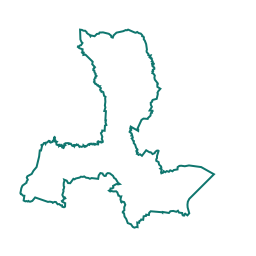 Hat Yai, Songkhla, Thailand, rotated 101°
{"feature_id": "78962969B23143470212652", "entity_name": "Hat Yai", "entity_type": "district", "adm_level": 2, "iso_a3": "THA", "parent_name": "Thailand", "parent_adm1": "Songkhla", "projection": "mercator", "projection_center": [100.414, 6.987], "detail": "fine", "context": "isolated", "style": "outline", "palette": "teal", "viewbox_px": 256, "rotation_deg": 101, "n_neighbors": 0, "source": "geoboundaries", "source_scale": "gbopen_adm2", "svg_char_len": 5951}
<svg xmlns="http://www.w3.org/2000/svg" viewBox="0 0 256 256"><g transform="rotate(101 128 128)"><path d="M83.3,103.7L82.0,107.0L79.4,107.6L79.0,107.1L78.5,107.3L75.4,110.9L73.6,111.7L71.4,111.7L69.8,113.4L69.5,114.6L68.1,114.3L67.7,114.8L67.2,114.2L66.1,114.7L64.9,113.4L63.6,113.8L62.7,115.7L60.8,116.5L60.9,115.8L60.2,115.6L60.5,115.0L60.0,114.9L58.9,116.3L58.2,116.4L58.1,117.1L57.7,116.8L56.0,117.8L54.8,119.7L54.6,119.0L54.1,119.9L52.5,119.6L53.0,120.7L52.6,122.0L51.6,122.0L49.9,124.1L48.8,124.5L47.4,124.4L42.2,126.2L39.0,128.2L38.0,129.4L36.0,129.7L35.3,130.3L35.2,131.6L34.1,131.8L32.9,133.5L32.8,135.6L32.0,137.3L33.0,138.5L33.0,139.5L31.4,146.7L32.3,147.7L32.3,148.9L33.9,151.2L36.6,157.5L39.8,159.8L42.2,160.2L42.0,161.6L40.5,162.3L39.2,164.8L38.9,170.7L39.7,174.1L41.0,174.5L41.6,176.5L44.3,178.3L44.2,181.8L45.2,182.3L43.8,183.4L43.6,184.6L42.5,186.6L41.7,187.0L40.7,188.7L41.0,190.4L40.5,191.9L40.6,193.8L50.2,191.6L52.4,190.1L53.2,188.9L55.7,189.9L56.2,191.0L57.3,191.7L57.4,192.6L58.0,192.7L58.9,191.0L59.4,187.6L61.1,187.5L61.4,187.1L62.0,187.3L62.6,186.5L63.0,187.1L63.4,186.4L63.0,185.8L64.8,185.7L64.1,183.8L69.7,175.3L72.2,175.3L74.6,172.1L75.5,172.8L76.0,172.6L76.6,173.3L77.9,173.1L78.3,171.9L79.9,171.4L80.8,170.2L81.9,170.2L82.9,168.8L84.3,169.8L84.8,169.5L85.0,169.9L87.2,170.4L88.3,169.7L89.3,170.2L90.8,168.6L90.5,168.4L91.1,167.2L92.0,166.2L91.7,165.6L92.5,164.9L92.4,164.1L92.8,164.4L93.7,162.5L94.5,162.2L95.5,162.7L96.5,162.2L96.9,161.2L97.5,160.9L97.1,160.4L97.5,159.1L101.0,157.6L101.7,156.0L103.2,156.1L106.6,155.2L110.3,155.0L112.2,154.1L115.8,154.5L115.7,152.9L124.8,151.7L124.7,151.1L127.0,151.1L129.2,149.8L130.0,151.1L135.2,150.4L135.4,152.8L136.7,152.7L138.2,153.6L141.6,151.5L143.6,151.7L145.8,150.2L146.7,150.2L147.4,151.5L146.7,152.2L147.1,153.4L146.7,154.7L147.7,155.3L148.9,154.2L149.8,154.2L150.0,156.3L150.6,157.1L149.9,157.4L150.0,158.7L150.5,158.5L150.8,159.0L150.9,160.2L150.4,160.9L151.0,161.9L150.7,162.2L151.3,163.3L151.9,163.1L151.8,163.9L153.8,165.3L153.8,166.5L154.3,166.1L154.8,166.7L153.5,168.5L154.6,168.5L155.4,170.2L155.2,171.7L155.7,172.1L154.4,173.4L154.3,173.7L155.1,173.8L154.1,174.1L154.4,174.8L154.0,175.3L155.0,176.0L154.9,176.8L155.6,177.0L154.9,177.3L155.1,178.1L156.2,178.4L156.0,179.5L154.4,181.0L154.9,182.5L154.3,182.3L154.2,183.6L154.9,186.5L156.0,187.5L156.8,186.3L157.8,187.6L158.3,187.3L158.6,187.8L158.8,187.2L159.9,187.5L159.7,188.4L159.1,188.1L159.1,188.6L158.6,188.5L158.7,189.0L158.0,189.0L157.6,189.6L158.1,189.7L157.6,190.0L157.7,190.6L158.5,190.7L158.7,191.5L157.9,191.9L158.4,192.2L157.8,192.3L157.8,192.9L158.3,193.0L157.9,195.0L156.2,195.6L155.2,195.2L155.4,196.7L155.0,197.4L153.9,197.6L153.7,197.2L153.2,197.8L151.4,197.8L150.9,198.3L151.5,198.8L153.9,198.5L155.0,199.4L155.9,199.3L157.1,201.2L156.8,202.0L155.7,202.4L155.7,203.3L157.6,204.6L158.0,205.7L159.2,205.9L158.4,206.5L158.9,207.7L160.3,208.1L161.5,210.4L161.5,208.9L166.7,209.1L166.9,210.3L172.9,209.8L183.8,210.3L187.9,212.6L191.5,213.8L194.6,217.6L196.0,217.9L197.9,216.5L199.8,217.3L201.1,217.2L204.7,220.6L207.4,221.2L212.4,221.2L213.3,220.6L213.1,220.1L214.4,218.3L214.3,216.8L219.1,216.6L219.6,214.8L219.1,213.7L219.3,212.6L218.6,211.8L219.1,211.0L218.9,209.7L217.8,208.0L213.9,205.9L215.8,192.5L215.2,190.7L215.2,188.4L215.8,187.6L214.6,186.1L214.4,184.7L216.3,182.5L215.8,181.1L216.8,179.2L216.5,178.0L217.9,177.4L218.0,175.7L217.2,174.8L213.8,175.3L212.9,178.5L212.3,179.0L211.1,177.8L209.9,177.5L209.0,176.1L208.1,176.9L208.0,178.4L206.2,179.7L202.3,179.2L201.0,179.8L199.9,179.4L197.9,179.4L197.2,180.1L194.3,180.6L191.9,180.3L190.9,180.8L191.4,178.1L193.5,176.3L193.2,174.2L188.3,171.9L188.6,170.7L187.5,169.6L185.9,166.0L184.8,165.0L184.6,162.9L183.9,161.8L184.8,159.7L184.6,157.5L185.1,155.7L184.1,154.2L183.6,147.6L180.1,147.7L177.5,146.5L177.5,144.3L178.5,143.6L179.6,142.0L179.2,140.7L177.1,140.3L176.1,139.2L176.0,137.2L177.8,133.6L179.8,132.0L180.3,130.4L183.6,127.4L184.6,125.4L185.3,127.1L185.0,127.9L185.4,128.9L187.7,131.6L189.4,131.0L190.4,132.1L190.7,133.6L192.1,133.6L193.1,134.7L193.7,133.4L193.0,132.3L193.1,130.2L192.4,127.6L193.2,126.2L196.2,124.5L196.0,123.9L196.9,122.7L196.5,121.6L199.4,121.8L202.1,120.5L202.3,120.1L201.3,119.4L201.5,117.6L203.9,116.0L206.4,116.6L209.5,115.9L211.1,117.1L212.0,117.0L212.5,115.6L215.6,114.5L217.6,112.4L221.4,110.1L221.9,106.7L224.1,104.5L224.6,102.8L223.5,100.6L223.5,99.7L219.0,100.9L218.9,99.0L217.3,99.1L216.2,97.8L215.3,97.6L215.2,95.6L211.7,95.8L210.8,93.5L209.6,93.6L209.4,90.9L207.1,91.0L205.4,89.8L204.2,78.5L204.5,78.0L203.8,78.0L203.6,71.6L201.6,70.5L200.8,67.8L201.0,64.6L199.7,63.2L201.3,61.8L201.1,58.6L202.8,58.0L203.4,57.1L203.2,56.1L201.8,56.0L201.2,55.5L202.4,53.0L200.0,51.6L194.6,54.3L191.9,55.0L188.9,55.2L185.8,54.3L157.0,34.8L152.4,48.7L153.1,61.0L154.7,64.9L154.9,68.6L155.4,70.3L156.9,71.8L159.2,71.5L160.5,75.0L162.0,76.1L161.5,78.5L163.2,79.5L162.9,81.7L164.3,83.0L163.6,84.7L165.1,85.0L166.1,86.6L165.3,87.1L162.3,87.0L161.7,88.6L160.6,87.7L159.4,88.2L158.0,90.5L155.6,91.5L154.8,94.0L153.3,94.3L152.0,93.8L150.0,94.2L144.7,93.6L144.4,94.2L144.7,95.3L146.0,96.5L147.6,97.1L148.9,98.9L147.5,101.0L147.7,102.3L146.4,105.9L152.6,109.0L151.5,111.2L152.4,112.6L151.6,113.6L151.6,114.2L150.6,113.9L150.7,114.4L149.5,114.8L149.5,115.2L148.7,115.4L148.2,115.1L148.2,114.6L147.3,114.6L146.0,116.2L143.0,117.8L141.7,119.5L139.9,119.7L140.0,120.1L138.0,121.8L137.2,121.6L137.2,122.1L136.3,121.6L134.3,122.6L134.5,123.2L133.5,123.0L132.7,123.4L131.5,125.7L130.6,125.5L130.3,125.0L129.5,125.2L129.3,124.5L128.1,124.7L128.6,125.1L128.0,125.1L127.9,125.7L126.1,125.6L128.9,117.5L127.4,117.7L126.6,118.5L117.5,116.3L115.8,114.6L115.3,110.4L114.4,110.3L111.6,108.3L109.3,108.4L108.6,108.1L108.4,107.4L107.1,107.9L106.3,106.4L106.7,110.1L102.7,108.6L100.9,110.0L98.8,110.5L97.5,109.3L96.4,109.5L95.6,108.9L93.9,105.4L88.8,105.2L87.9,105.8L86.1,105.3L83.3,103.7Z" fill="none" stroke="#0f766e" stroke-width="2"/></g></svg>